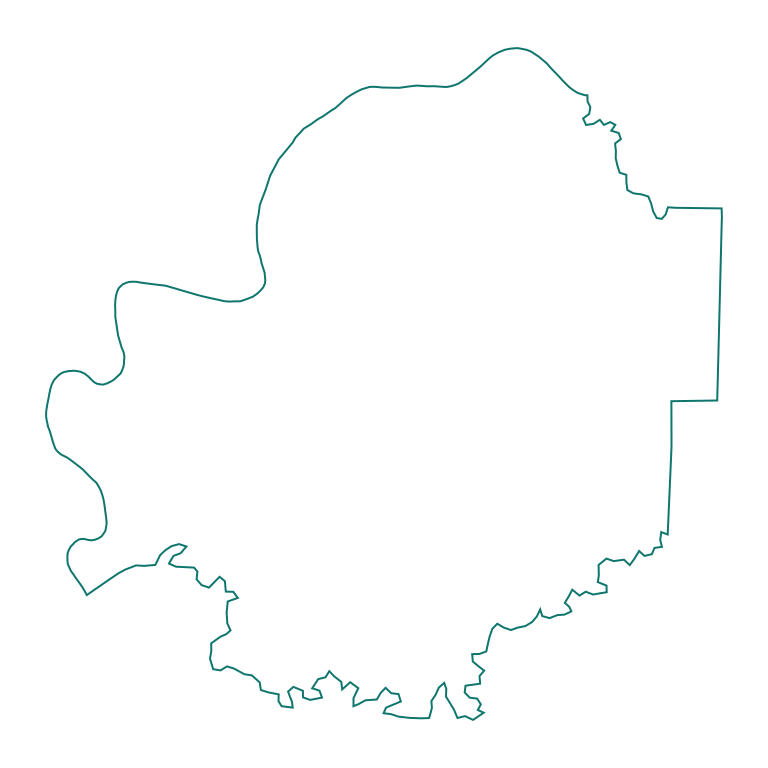 San Ignacio, Misiones, Argentina
{"feature_id": "61730980B35011682920753", "entity_name": "San Ignacio", "entity_type": "district", "adm_level": 2, "iso_a3": "ARG", "parent_name": "Argentina", "parent_adm1": "Misiones", "projection": "orthographic", "projection_center": [-55.4, -27.168], "detail": "fine", "context": "isolated", "style": "outline", "palette": "teal", "viewbox_px": 768, "rotation_deg": 0, "n_neighbors": 0, "source": "geoboundaries", "source_scale": "gbopen_adm2", "svg_char_len": 5678}
<svg xmlns="http://www.w3.org/2000/svg" viewBox="0 0 768 768"><path d="M473.0,719.9L478.4,716.3L481.8,714.0L483.7,712.7L477.8,710.0L480.8,704.4L480.4,703.7L477.2,698.6L469.8,697.7L464.7,692.5L465.5,685.7L480.1,683.7L480.0,682.0L479.5,676.1L484.2,670.6L482.8,669.6L478.3,666.1L472.8,661.5L472.2,654.1L479.3,654.0L484.0,652.3L486.3,651.4L487.9,643.8L489.7,636.3L492.3,628.9L497.3,623.7L503.8,627.6L510.9,630.0L518.1,627.5L525.3,626.1L532.0,622.1L536.9,616.4L540.2,609.4L542.3,616.1L549.6,618.1L557.4,615.1L562.0,614.8L564.5,614.6L569.5,612.3L571.3,611.4L570.9,610.3L569.2,606.7L567.4,605.1L564.8,602.9L568.8,596.3L572.3,589.7L579.5,595.6L585.7,591.7L593.0,594.5L593.7,594.4L606.7,592.2L606.5,585.6L597.8,582.1L598.3,579.0L598.8,575.4L598.6,564.9L606.5,558.6L613.8,561.1L624.0,559.7L629.7,565.1L634.2,559.1L639.1,551.0L644.4,555.9L651.9,554.2L654.5,547.9L661.9,546.9L660.2,539.6L661.3,532.1L667.7,534.5L671.5,447.2L671.5,444.6L671.4,401.2L717.2,400.5L719.4,315.3L719.4,314.9L721.4,234.9L721.9,216.5L721.6,208.4L721.0,208.4L675.3,207.8L668.0,207.3L665.6,214.6L661.7,218.9L656.7,218.0L653.1,211.3L651.2,203.7L648.3,196.5L641.2,194.3L633.6,193.4L627.4,190.1L626.4,182.5L626.3,174.8L619.7,172.7L617.4,165.5L617.1,164.2L616.6,162.2L615.8,158.6L615.7,158.5L615.9,151.2L615.7,149.3L615.4,146.9L615.4,146.7L615.1,143.4L618.1,141.2L620.9,139.2L618.7,133.0L611.3,130.7L615.3,124.9L610.3,122.1L603.9,124.9L599.9,119.8L593.6,123.8L590.4,124.3L586.1,125.0L583.1,118.5L586.1,116.2L589.2,113.9L589.9,109.9L590.3,107.3L590.3,107.1L587.5,101.2L587.5,99.9L587.4,95.3L584.8,95.2L577.8,93.0L572.8,89.9L569.0,86.9L562.2,80.1L561.4,79.1L557.4,74.8L552.4,69.7L547.6,64.4L546.9,63.4L546.3,63.0L539.0,56.8L531.5,51.8L527.2,50.0L526.9,49.9L521.1,48.7L517.6,48.1L514.9,48.3L510.9,48.6L505.1,49.7L499.0,52.1L493.3,55.2L490.2,57.6L487.8,59.7L480.8,66.3L473.0,72.8L466.8,78.0L462.1,81.2L458.6,83.5L454.7,85.1L450.5,86.3L446.4,87.0L442.5,86.8L434.3,86.2L427.2,86.3L420.9,85.8L416.5,85.6L411.1,86.2L405.8,86.9L399.5,87.8L391.9,87.7L382.4,87.5L376.2,86.9L372.1,86.8L369.4,87.0L365.0,88.3L360.9,89.6L356.3,92.0L353.2,93.7L349.4,96.0L346.2,98.2L343.5,100.7L342.7,101.4L338.7,105.1L335.5,107.9L330.9,110.8L326.9,113.6L322.9,116.4L318.0,119.1L310.7,124.4L306.1,127.2L303.7,128.7L300.0,132.8L295.4,137.7L292.8,142.4L278.7,159.4L270.1,175.8L265.7,189.5L261.0,201.7L259.8,205.2L258.5,214.7L257.8,218.1L256.8,224.4L256.8,230.8L256.8,232.0L256.9,238.9L257.6,247.5L258.2,251.3L259.3,254.2L259.7,255.1L261.2,261.0L261.5,263.1L261.7,263.5L262.6,266.4L264.6,272.7L265.3,280.2L265.3,280.4L264.9,283.6L263.2,287.4L260.7,290.3L257.4,293.5L256.1,294.4L252.9,296.7L251.5,297.2L248.8,298.3L243.9,300.1L240.1,301.3L238.7,301.3L234.9,301.3L229.7,301.6L224.5,301.2L218.7,299.9L210.0,298.0L203.3,296.5L196.1,294.6L187.2,292.0L180.3,290.0L176.4,288.8L172.2,287.6L165.6,285.7L152.1,284.1L140.8,282.6L136.3,281.8L132.3,281.7L128.8,282.0L125.9,282.9L122.8,284.3L120.4,286.4L118.5,288.5L117.1,291.8L116.1,295.3L115.4,299.8L115.1,304.9L115.3,311.0L115.3,311.3L115.3,316.9L118.1,335.5L121.3,346.5L121.4,346.9L122.2,348.8L123.6,352.1L124.4,356.9L124.0,362.2L124.0,362.8L123.7,365.7L122.8,368.5L122.5,369.3L120.8,373.2L119.1,374.9L117.9,376.0L114.5,379.1L113.9,379.7L110.3,381.9L106.5,383.6L103.1,384.6L100.1,384.3L96.9,383.7L94.1,382.2L91.0,379.2L90.9,379.1L88.1,376.3L84.4,373.5L80.1,371.6L74.2,370.7L68.8,371.1L64.0,372.0L60.4,373.8L56.9,376.9L55.7,378.3L54.8,379.2L53.8,380.4L51.8,384.4L50.6,388.0L49.7,392.1L49.4,393.4L48.6,398.0L47.2,404.8L46.2,411.5L46.1,416.4L46.7,420.6L47.3,422.9L47.9,426.3L49.7,430.9L51.2,436.0L52.9,441.9L54.5,446.5L55.5,449.0L57.9,451.9L60.8,454.3L63.8,455.9L66.9,457.4L70.2,459.7L74.2,462.7L82.3,469.0L84.1,470.7L84.8,471.5L90.8,477.7L96.6,483.0L99.5,488.0L101.0,491.1L102.4,495.3L103.4,499.1L104.2,503.2L104.8,507.6L105.3,511.5L105.6,513.5L105.6,513.8L106.1,517.5L106.7,523.0L105.5,530.6L103.8,533.3L101.6,536.3L98.4,538.4L95.0,539.7L91.9,540.3L89.1,540.1L87.7,539.8L86.5,539.5L84.0,538.9L81.1,539.0L79.0,539.5L77.1,540.6L74.7,542.3L72.8,544.5L70.8,546.4L68.7,550.2L67.6,553.3L67.4,557.0L67.5,560.8L67.8,564.1L69.2,567.2L70.9,570.9L72.3,572.9L73.2,574.0L75.9,578.1L78.4,581.5L82.4,587.2L85.8,593.1L86.8,595.1L95.2,589.2L96.3,588.5L106.8,581.2L109.0,579.7L118.6,573.2L125.5,569.5L136.1,565.4L143.8,565.9L154.7,565.0L155.3,564.9L158.2,559.1L160.1,555.2L165.2,550.3L171.6,546.1L179.1,544.1L186.4,546.5L180.7,553.2L179.4,553.7L173.5,555.9L169.3,562.9L169.0,563.6L176.1,566.7L194.1,567.6L197.4,571.5L196.7,578.4L196.6,579.3L197.6,580.5L201.6,585.1L209.0,587.6L214.3,582.2L219.6,576.8L224.9,581.2L225.8,591.6L233.3,591.8L237.8,597.9L227.7,601.5L227.7,601.8L226.7,611.8L226.6,612.1L226.7,613.9L227.3,623.3L230.5,630.4L227.0,633.5L226.1,634.2L220.3,636.8L211.2,643.3L211.3,651.1L211.1,651.9L211.0,652.7L210.0,658.7L211.3,663.1L213.2,669.2L220.5,670.4L227.0,666.4L234.1,668.6L244.3,674.2L251.9,675.4L259.7,682.4L260.9,690.0L268.1,692.3L278.7,694.4L278.5,701.1L281.4,705.9L281.6,706.2L292.7,707.6L292.0,701.9L290.2,697.3L288.1,691.5L293.4,686.9L302.9,690.8L303.0,697.4L309.9,699.8L310.2,699.9L316.9,698.6L322.0,697.6L319.5,690.7L316.3,689.6L312.2,688.3L318.2,679.1L325.5,677.3L329.3,671.2L334.2,676.3L341.3,681.9L342.2,689.4L350.2,682.2L358.3,688.2L355.6,693.8L353.5,698.2L353.5,703.8L353.5,706.2L359.0,703.9L365.4,700.3L376.8,699.5L380.7,692.9L385.6,687.8L391.2,693.2L398.5,694.1L400.8,701.5L392.8,704.8L389.4,706.2L386.0,707.7L383.6,713.2L391.2,714.2L398.4,716.6L399.2,716.7L409.9,717.9L421.3,718.3L427.2,718.1L429.1,718.0L429.6,716.5L431.9,708.0L431.4,701.1L435.7,694.6L438.9,687.5L444.2,682.9L446.3,688.9L446.0,696.6L453.9,709.5L457.5,718.0L465.0,716.1L473.0,719.9Z" fill="none" stroke="#0f766e" stroke-width="2"/></svg>